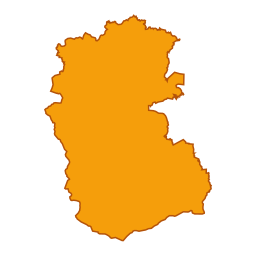 Ixtlahuacán del Río, Jalisco, Mexico (Mercator projection)
{"feature_id": "50627088B86535145989584", "entity_name": "Ixtlahuacán del Río", "entity_type": "district", "adm_level": 2, "iso_a3": "MEX", "parent_name": "Mexico", "parent_adm1": "Jalisco", "projection": "mercator", "projection_center": [-103.216, 20.904], "detail": "fine", "context": "isolated", "style": "filled", "palette": "amber", "viewbox_px": 256, "rotation_deg": 0, "n_neighbors": 0, "source": "geoboundaries", "source_scale": "gbopen_adm2", "svg_char_len": 5703}
<svg xmlns="http://www.w3.org/2000/svg" viewBox="0 0 256 256"><path d="M180.0,38.7L179.3,39.5L177.8,39.6L176.5,38.8L176.6,38.0L175.6,36.6L174.0,35.8L173.1,36.2L171.5,35.0L170.5,32.3L169.1,33.1L168.4,32.2L167.6,32.7L166.7,32.7L165.9,32.0L165.4,30.2L161.3,29.3L159.6,28.0L159.4,28.8L159.9,29.9L158.2,29.7L157.8,30.2L157.3,30.1L156.6,28.9L155.5,28.3L153.3,28.5L153.2,28.8L152.8,28.2L150.8,28.6L150.0,27.0L148.8,27.4L148.2,28.6L146.8,29.3L146.2,29.0L145.5,29.3L145.3,28.1L146.2,27.2L145.6,26.5L145.1,25.1L143.6,24.2L143.6,23.7L145.0,23.3L145.3,22.8L145.0,22.0L145.4,20.7L144.5,20.2L142.9,20.5L141.5,20.0L140.1,21.0L139.4,19.8L139.0,19.8L138.6,20.3L138.1,20.3L136.9,18.7L137.3,18.1L136.2,17.4L136.2,16.3L135.7,16.3L135.0,16.9L133.7,15.4L132.8,16.7L132.0,17.2L130.2,17.4L129.6,18.4L128.4,19.0L127.9,20.5L126.4,19.8L124.9,20.8L123.8,20.9L122.1,23.5L121.0,24.3L118.1,24.6L115.6,22.7L115.6,21.9L114.9,21.4L114.2,21.6L113.7,22.4L112.5,22.1L111.9,22.8L110.8,22.4L110.0,23.2L109.3,22.5L109.3,21.9L108.6,22.4L108.1,22.3L108.4,21.1L106.7,22.0L106.6,24.7L105.0,26.0L104.8,27.0L106.4,28.8L107.3,29.3L105.8,30.6L105.1,31.8L104.9,33.6L104.5,34.2L102.5,35.4L101.4,35.1L100.5,35.7L99.0,39.2L97.1,40.8L95.9,40.5L95.8,38.9L95.2,37.8L91.7,36.9L89.9,34.7L88.6,34.5L85.5,32.8L83.8,35.2L82.6,38.9L81.8,38.5L81.1,37.6L79.7,37.1L77.8,38.0L76.5,37.8L75.5,38.1L74.4,39.2L70.7,38.1L67.8,38.5L65.3,40.2L65.1,41.2L65.6,44.5L65.4,45.1L64.2,46.0L62.1,46.4L61.1,46.1L59.7,44.1L58.5,43.9L58.1,44.8L57.6,45.0L57.7,46.1L57.2,46.4L57.4,46.8L57.1,47.4L56.3,47.7L56.3,48.9L58.3,50.8L58.1,51.7L58.7,52.4L57.7,52.6L57.7,53.9L57.1,54.0L57.2,54.4L56.7,55.3L59.5,56.2L59.2,57.4L60.7,57.5L62.0,58.0L61.7,58.9L62.4,59.7L62.2,61.1L63.1,61.6L63.1,62.0L64.2,62.1L63.7,62.7L64.1,62.9L63.7,63.9L64.6,64.3L63.8,66.5L63.8,68.7L63.3,69.5L63.4,70.3L62.8,71.5L62.1,71.5L61.8,71.0L60.3,71.6L59.7,72.0L59.9,74.2L55.0,75.5L52.2,77.8L52.1,78.3L53.1,84.7L52.0,88.3L50.7,91.2L56.6,93.3L57.5,93.3L58.2,93.8L59.8,93.4L61.2,95.1L62.6,97.6L62.6,98.2L61.9,99.6L61.1,102.8L59.9,103.1L55.2,102.7L53.8,103.0L53.0,104.1L51.7,104.4L50.7,105.9L48.6,106.5L47.6,108.1L46.2,108.5L44.9,109.6L45.9,112.4L45.9,113.4L47.6,114.9L50.0,116.1L51.3,119.8L52.7,121.8L52.7,122.5L53.1,122.9L54.3,122.7L54.9,123.5L54.5,126.7L55.0,127.5L54.2,129.3L55.0,131.3L54.5,133.7L54.9,135.0L58.4,139.2L59.2,139.2L60.3,139.9L60.7,141.6L62.3,143.6L64.6,149.3L66.8,151.5L65.4,154.5L65.6,155.4L65.8,156.3L69.0,160.1L69.6,161.9L69.5,162.9L67.5,166.4L67.2,168.5L65.8,169.4L65.2,170.7L65.8,173.7L67.0,175.3L66.8,176.2L69.4,178.9L69.5,179.3L67.7,180.4L64.8,188.3L65.7,189.0L68.0,188.8L68.9,192.0L70.9,193.2L71.6,194.2L71.4,195.7L69.8,196.9L70.0,198.4L70.8,200.1L71.8,200.5L73.6,200.2L76.5,200.6L79.1,201.5L79.8,202.2L80.1,203.7L79.9,205.8L80.1,207.1L79.7,210.4L78.2,213.1L75.6,215.7L76.0,217.2L76.8,218.0L77.2,218.9L81.1,221.9L86.7,224.6L88.4,226.0L89.9,226.1L90.8,226.6L92.6,231.1L98.1,232.1L98.2,233.0L99.4,233.8L105.2,234.0L107.5,235.1L109.6,236.5L110.4,237.7L111.6,238.2L115.5,237.5L122.0,240.5L123.2,240.6L126.8,236.4L130.3,233.2L132.0,232.6L133.1,231.1L134.2,230.6L136.4,230.6L139.0,231.2L145.7,229.9L148.4,228.7L151.4,228.3L154.4,225.9L157.7,224.4L158.4,223.2L161.3,220.9L165.1,219.5L166.8,217.4L169.4,215.7L173.0,215.7L174.5,216.2L175.8,215.9L183.3,211.8L188.1,212.0L189.4,211.5L190.8,210.5L191.8,210.7L192.5,213.0L194.7,213.9L202.3,214.0L204.2,213.3L204.3,212.3L203.0,209.2L202.9,207.0L203.3,204.0L202.5,203.1L202.3,202.0L202.6,201.3L205.0,198.5L205.9,195.9L206.9,195.0L206.8,193.1L208.1,192.2L209.1,192.0L209.0,191.4L209.5,191.3L209.4,190.6L211.1,188.8L210.9,187.5L210.6,187.2L211.1,185.7L210.4,185.6L210.6,185.0L209.7,183.8L209.9,183.0L208.5,181.2L208.7,180.7L208.5,180.2L209.2,179.3L208.5,178.6L209.0,177.2L208.7,176.5L209.1,176.0L208.6,175.0L208.9,173.1L208.4,172.7L207.3,173.2L206.2,173.1L206.3,169.3L201.9,169.7L202.3,169.0L201.7,167.5L201.7,166.7L200.9,166.5L200.9,165.8L199.7,164.5L199.8,162.2L199.5,162.2L199.4,161.5L198.8,161.5L197.9,160.8L198.0,160.3L199.1,160.2L198.7,159.0L194.3,157.1L194.5,155.9L194.0,155.8L194.1,153.4L194.4,153.2L193.4,153.2L193.7,149.3L192.9,146.0L193.1,144.2L188.7,143.8L188.8,143.4L185.7,143.0L185.7,142.0L183.3,139.6L173.2,145.0L172.4,143.3L172.7,143.1L171.6,140.6L172.0,140.2L171.8,139.7L170.2,139.7L170.4,138.9L170.1,138.7L168.8,139.5L166.8,139.2L166.2,137.7L166.4,136.6L166.1,136.1L165.3,137.3L164.2,136.4L164.4,135.9L166.5,134.5L167.5,132.4L167.8,131.3L167.6,129.2L168.0,128.3L167.7,127.4L167.3,127.4L167.2,126.3L168.4,125.0L168.3,124.2L167.7,123.4L168.0,122.8L167.9,122.0L167.6,121.9L166.4,117.7L165.5,115.8L163.7,113.8L162.5,113.4L158.6,113.2L155.6,111.4L153.3,110.7L148.7,110.3L148.6,105.6L150.2,105.6L150.6,106.2L150.8,105.6L152.3,104.9L152.6,103.1L153.8,102.4L155.1,102.1L155.7,103.3L158.3,102.0L162.9,101.1L164.5,99.6L166.5,99.1L167.4,98.1L172.6,99.1L173.1,97.4L173.8,97.5L174.5,95.9L173.7,94.5L175.9,95.0L175.7,96.5L175.3,96.9L175.4,97.8L176.3,99.2L176.8,98.2L176.6,97.1L177.4,97.3L176.9,96.2L178.8,96.7L178.6,96.4L179.5,95.7L180.1,95.8L180.3,95.0L181.1,95.0L180.7,94.3L181.3,93.9L182.1,93.7L183.2,94.8L183.6,94.4L183.0,93.2L181.7,92.5L181.4,90.6L180.1,88.7L178.4,87.6L176.6,87.5L176.0,85.6L176.6,84.8L178.3,84.1L183.7,84.7L183.9,74.3L179.9,73.8L174.6,72.3L167.8,78.5L167.2,81.2L166.6,80.0L165.8,79.8L166.3,79.3L166.3,78.6L164.4,76.9L164.7,74.5L165.6,73.0L166.2,72.8L167.2,70.4L167.5,69.2L166.8,67.8L167.9,66.9L167.9,65.0L169.0,63.3L169.1,62.3L168.5,58.6L167.4,57.7L167.1,57.0L167.5,55.9L167.2,54.3L167.6,53.6L167.3,52.4L168.0,51.6L168.9,52.3L168.9,51.7L169.7,51.0L170.0,50.0L172.4,48.2L172.6,46.2L172.3,46.1L172.9,45.3L173.9,44.8L173.8,44.2L174.1,43.8L173.2,42.8L175.8,40.9L179.4,40.4L180.0,38.7Z" fill="#f59e0b" stroke="#b45309" stroke-width="1.5"/></svg>